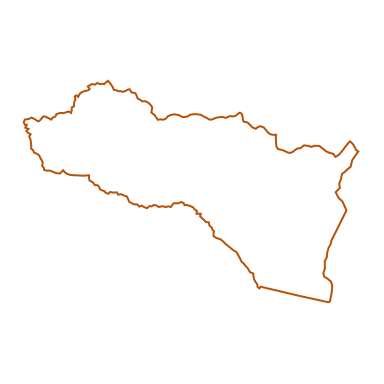 Abadiânia, Goiás, Brazil (Mercator projection), rotated 179°
{"feature_id": "56859067B3268447032130", "entity_name": "Abadiânia", "entity_type": "district", "adm_level": 2, "iso_a3": "BRA", "parent_name": "Brazil", "parent_adm1": "Goiás", "projection": "mercator", "projection_center": [-48.665, -16.168], "detail": "fine", "context": "isolated", "style": "outline", "palette": "amber", "viewbox_px": 384, "rotation_deg": 179, "n_neighbors": 0, "source": "geoboundaries", "source_scale": "gbopen_adm2", "svg_char_len": 3966}
<svg xmlns="http://www.w3.org/2000/svg" viewBox="0 0 384 384"><g transform="rotate(179 192 192)"><path d="M237.2,176.6L234.7,178.7L232.7,178.3L230.3,179.7L227.2,178.8L225.5,177.6L221.8,178.3L218.3,177.4L215.9,178.1L213.4,177.3L211.6,179.9L210.2,181.1L206.1,180.9L202.8,182.2L200.6,181.1L199.7,178.9L197.7,179.2L194.6,178.2L191.2,176.7L189.6,174.5L187.5,173.1L187.8,170.1L185.6,170.3L183.6,170.0L184.4,167.7L180.6,163.9L178.6,161.7L175.8,161.4L175.2,158.3L172.8,156.0L172.1,153.7L170.7,152.3L171.3,149.5L171.0,147.1L167.9,145.4L164.2,144.1L161.8,142.1L159.9,140.0L158.2,138.5L153.4,134.5L151.5,132.9L148.8,131.4L147.1,128.5L144.3,123.0L143.6,121.2L141.7,119.8L139.9,117.2L138.0,115.4L136.3,112.4L135.1,110.6L132.2,109.5L132.1,107.3L131.4,103.8L130.6,101.8L128.5,98.9L128.1,95.9L126.3,94.5L125.0,96.1L97.3,89.0L85.8,86.1L57.6,79.4L55.9,80.2L55.4,83.0L54.8,85.4L54.1,89.1L53.6,92.9L53.5,96.5L54.8,100.2L57.5,102.6L61.2,105.0L62.1,108.5L60.6,112.7L60.4,115.0L60.5,120.3L58.3,124.6L58.1,128.0L56.5,133.6L54.4,137.2L53.4,141.1L52.3,143.2L37.9,170.9L41.7,179.9L43.2,181.3L45.2,183.1L48.4,189.3L44.1,193.4L44.7,197.8L42.9,202.0L41.8,207.4L38.7,209.6L36.4,211.8L33.0,214.4L31.2,221.1L25.0,229.7L27.2,231.0L27.9,232.8L29.8,236.4L31.6,238.5L33.3,239.9L37.1,235.6L38.4,234.0L39.5,232.3L44.4,226.7L48.0,224.6L50.2,227.8L53.5,228.6L57.4,230.4L60.3,232.9L61.9,234.2L63.8,235.8L68.4,236.1L71.9,235.0L74.4,236.0L79.2,236.7L82.9,233.8L85.5,233.8L88.1,232.3L90.4,230.4L93.4,229.3L96.5,230.2L99.3,231.7L102.8,232.9L105.2,233.4L106.8,236.0L107.1,239.6L107.0,242.5L107.4,244.7L106.9,247.7L110.2,247.8L112.8,248.4L115.0,250.2L117.3,253.1L119.1,255.3L122.4,256.6L124.7,255.9L127.2,254.1L130.4,255.5L132.2,257.4L133.8,259.1L135.5,260.6L139.0,261.4L139.9,263.3L140.1,266.5L140.9,269.3L142.7,270.5L144.6,269.5L146.5,267.7L149.5,266.8L152.2,267.3L154.4,266.6L156.8,265.5L160.3,266.5L163.4,266.3L166.9,265.7L169.5,264.6L172.1,263.9L173.9,264.4L175.6,265.6L177.8,266.7L179.6,267.6L181.8,269.1L184.8,269.5L188.0,269.8L190.1,269.6L192.5,269.3L195.1,267.6L199.5,267.0L201.9,267.9L203.9,269.2L205.9,269.5L208.4,270.0L211.5,269.5L214.6,268.3L217.0,265.7L219.3,264.8L222.5,265.2L224.9,264.8L226.1,266.7L228.1,269.6L229.9,271.0L231.3,272.3L230.7,274.8L230.3,277.5L231.9,279.8L234.0,281.9L236.8,283.6L240.1,283.5L242.4,285.3L244.4,286.1L245.4,288.0L246.0,290.1L246.9,291.8L249.0,292.3L250.9,292.7L251.6,294.4L252.8,295.9L254.5,295.4L256.5,294.3L259.4,293.3L261.6,294.1L263.8,294.0L265.3,294.9L268.4,295.6L269.4,298.1L270.7,300.3L272.4,302.7L274.1,304.6L276.1,303.1L277.9,301.4L279.6,301.8L282.1,301.4L284.8,302.7L286.9,301.1L290.7,301.6L292.1,300.5L294.3,299.4L292.5,296.7L294.1,295.5L296.5,295.0L298.8,294.4L301.7,293.0L303.4,290.8L304.1,289.1L306.1,290.7L307.5,289.6L306.9,286.8L307.9,284.7L308.5,282.4L308.5,279.8L310.8,278.6L310.9,275.4L311.5,273.2L313.7,274.6L315.9,274.1L318.9,273.1L321.9,273.4L323.8,273.0L326.2,272.2L327.3,269.9L330.2,268.6L331.5,266.8L334.4,268.5L337.5,270.0L339.2,270.2L340.7,268.8L342.4,266.6L344.3,265.3L345.9,266.1L348.1,267.7L351.4,269.2L353.9,267.9L356.1,267.6L357.9,267.3L359.0,264.7L357.9,262.1L356.1,262.0L357.5,259.2L354.5,258.0L356.5,255.9L355.0,254.1L352.4,252.5L353.8,250.5L353.2,248.7L352.5,246.9L352.1,243.1L351.9,240.5L352.1,238.1L350.3,236.8L349.2,234.2L346.8,233.1L344.6,231.7L343.4,229.8L342.6,227.6L341.5,226.1L340.7,223.7L341.4,220.9L339.7,218.7L339.5,216.7L337.1,215.9L333.5,215.9L329.6,214.1L326.6,213.0L323.5,212.9L320.5,216.0L318.6,213.8L317.1,212.6L315.4,212.0L313.5,211.1L311.3,211.0L309.0,210.7L306.9,210.7L304.1,210.5L301.2,210.2L298.4,210.3L294.6,210.5L294.8,207.8L294.2,205.2L291.1,203.5L289.0,200.6L286.2,200.4L284.6,198.4L283.9,196.1L281.6,195.2L279.5,194.3L278.3,192.7L275.5,191.7L273.9,193.5L271.3,192.8L267.0,192.9L265.9,190.6L263.2,191.1L260.7,190.1L258.8,189.2L257.1,188.5L256.2,186.5L254.9,183.3L253.0,182.2L250.4,180.7L247.1,180.6L244.8,178.3L242.6,179.4L240.3,177.8L237.2,176.6Z" fill="none" stroke="#b45309" stroke-width="2"/></g></svg>